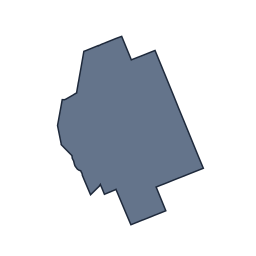 outline of Mount Gambier, South Australia, Australia, rotated 46°
{"feature_id": "25037944B55090185866802", "entity_name": "Mount Gambier", "entity_type": "district", "adm_level": 2, "iso_a3": "AUS", "parent_name": "Australia", "parent_adm1": "South Australia", "projection": "natural_earth1", "projection_center": [140.781, -37.825], "detail": "fine", "context": "isolated", "style": "filled", "palette": "slate", "viewbox_px": 256, "rotation_deg": 46, "n_neighbors": 0, "source": "geoboundaries", "source_scale": "gbopen_adm2", "svg_char_len": 1237}
<svg xmlns="http://www.w3.org/2000/svg" viewBox="0 0 256 256"><g transform="rotate(46 128 128)"><path d="M61.9,155.6L66.6,162.1L77.3,177.0L93.2,187.2L93.5,187.6L99.0,187.6L108.9,187.5L111.2,189.2L113.9,190.0L117.2,191.9L118.6,192.5L122.4,193.0L124.6,192.5L124.8,192.4L125.8,191.7L127.1,192.2L128.7,192.6L129.8,193.3L130.3,193.7L134.6,195.4L150.0,201.3L149.9,191.9L149.9,189.2L149.4,187.1L150.0,187.4L152.8,188.4L159.3,191.0L162.2,183.6L163.8,179.5L163.8,179.3L177.2,184.5L187.0,188.3L199.6,193.1L204.2,181.7L204.6,180.9L208.8,170.6L208.9,170.2L209.1,169.8L213.7,158.6L213.8,158.3L190.3,148.9L190.0,148.8L191.4,145.3L193.4,140.6L194.8,137.2L196.7,132.4L199.4,125.8L199.5,125.6L199.6,125.4L204.6,113.2L209.3,101.8L196.5,96.8L185.5,92.4L179.5,90.0L163.7,83.7L162.0,83.0L161.9,83.0L161.7,82.9L148.8,77.8L145.4,76.4L143.4,75.6L137.5,73.2L125.7,68.5L114.7,64.1L112.1,63.1L108.9,61.8L91.0,54.7L81.4,78.0L81.3,78.3L81.1,78.2L69.5,73.6L57.7,68.9L55.0,75.0L54.3,76.8L52.8,80.5L49.3,89.1L48.3,92.3L48.0,92.2L43.2,104.2L42.2,106.5L51.6,119.4L51.9,119.8L57.4,127.4L59.9,130.8L61.2,132.7L63.2,135.4L63.4,135.7L66.5,139.9L67.1,140.5L66.8,141.4L65.7,146.3L64.1,152.6L63.5,154.1L61.9,155.6Z" fill="#64748b" stroke="#1e293b" stroke-width="1.5"/></g></svg>